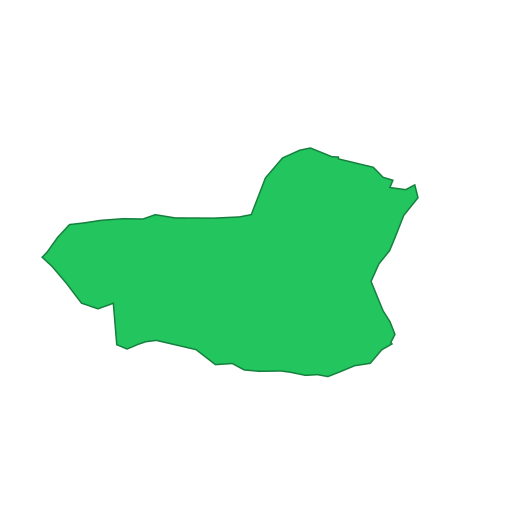 Kato Mylos, Limassol, Cyprus, rotated 42°
{"feature_id": "46923920B26044622120903", "entity_name": "Kato Mylos", "entity_type": "district", "adm_level": 2, "iso_a3": "CYP", "parent_name": "Cyprus", "parent_adm1": "Limassol", "projection": "robinson", "projection_center": [33.002, 34.898], "detail": "fine", "context": "isolated", "style": "filled", "palette": "green", "viewbox_px": 512, "rotation_deg": 42, "n_neighbors": 0, "source": "geoboundaries", "source_scale": "gbopen_adm2", "svg_char_len": 969}
<svg xmlns="http://www.w3.org/2000/svg" viewBox="0 0 512 512"><g transform="rotate(42 256 256)"><path d="M251.0,127.3L245.9,131.5L224.2,139.3L217.7,148.1L210.1,165.4L210.8,191.7L224.8,228.4L217.5,238.1L199.3,256.1L184.9,268.9L170.6,281.7L153.5,292.7L147.2,304.2L132.5,317.0L118.6,331.5L116.0,334.3L105.9,346.7L96.4,357.4L96.1,374.7L98.2,393.1L97.9,400.0L111.4,400.2L133.3,403.1L146.2,405.6L157.9,407.8L173.9,401.0L181.6,386.6L211.9,415.1L222.4,411.4L227.4,400.7L231.5,393.4L238.4,385.4L274.1,365.7L298.5,363.9L310.3,351.8L323.4,348.6L335.7,339.4L351.4,324.8L359.3,319.4L372.6,311.6L381.0,303.1L390.1,297.5L396.2,285.3L402.6,271.7L412.7,259.3L412.2,241.5L415.9,230.3L414.1,230.2L411.7,221.3L399.6,215.2L387.1,211.7L370.7,203.8L358.5,197.9L352.6,179.6L351.7,162.6L346.9,149.0L338.6,126.9L337.4,104.3L326.4,96.9L322.8,106.6L309.7,115.5L307.0,108.1L297.8,112.5L283.8,111.6L271.3,118.4L252.3,128.7L251.0,127.3Z" fill="#22c55e" stroke="#15803d" stroke-width="1.5"/></g></svg>